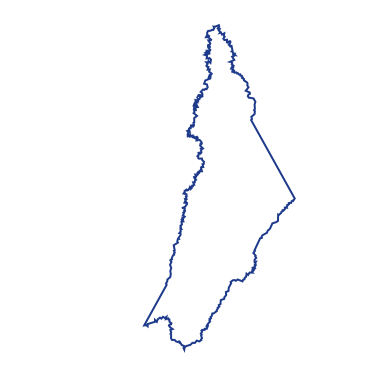 outline of Cartagena Del Chairá, Caquetá, Colombia, rotated 241°
{"feature_id": "7082276B3129505860922", "entity_name": "Cartagena Del Chairá", "entity_type": "district", "adm_level": 2, "iso_a3": "COL", "parent_name": "Colombia", "parent_adm1": "Caquetá", "projection": "orthographic", "projection_center": [-73.934, 0.797], "detail": "fine", "context": "isolated", "style": "outline", "palette": "blue", "viewbox_px": 384, "rotation_deg": 241, "n_neighbors": 0, "source": "geoboundaries", "source_scale": "gbopen_adm2", "svg_char_len": 6044}
<svg xmlns="http://www.w3.org/2000/svg" viewBox="0 0 384 384"><g transform="rotate(241 192 192)"><path d="M74.1,102.7L72.3,102.8L71.1,105.0L69.1,105.6L67.8,106.7L67.6,108.2L66.3,108.0L66.4,108.7L63.2,108.8L60.9,110.6L59.6,108.9L57.9,108.8L59.8,110.3L60.0,112.5L59.1,116.6L59.9,119.2L58.6,121.3L59.7,124.1L57.8,125.9L58.0,128.3L58.7,128.4L59.3,129.9L61.9,130.3L62.5,131.3L63.8,131.0L64.8,133.1L66.1,133.0L66.5,134.0L65.3,136.1L66.2,136.8L65.2,138.6L66.2,139.8L67.4,139.5L68.0,140.2L67.4,141.2L68.9,141.7L69.9,144.9L70.9,144.8L71.5,145.9L72.4,145.7L72.5,147.5L73.6,147.6L73.9,149.0L75.9,150.9L75.3,152.0L75.9,156.1L76.7,156.3L77.8,158.5L78.4,158.5L78.5,160.3L80.1,160.6L80.1,162.5L83.5,164.8L82.9,168.4L84.1,169.1L85.3,171.9L88.1,173.2L87.7,175.8L90.5,177.8L93.3,182.1L94.5,182.1L95.0,184.8L94.3,186.6L93.1,187.3L93.3,189.6L89.4,192.8L90.5,194.3L90.2,195.6L91.5,196.6L91.6,198.2L94.1,200.1L92.3,200.9L93.6,203.3L92.2,205.7L93.1,205.4L93.3,206.8L93.7,206.3L95.0,207.5L94.3,208.2L94.6,209.9L96.2,209.0L95.9,210.5L97.3,211.3L96.7,211.6L97.2,212.4L99.3,213.0L100.0,214.1L100.4,212.8L101.3,213.2L102.6,214.2L103.3,216.3L105.0,216.1L105.5,216.8L108.9,216.1L110.0,218.5L110.6,218.3L118.5,229.2L118.0,230.8L119.3,231.3L120.0,232.6L120.0,237.8L121.5,239.5L122.0,242.3L125.6,247.1L124.8,251.2L125.1,253.2L130.5,256.4L129.8,256.9L130.5,259.8L131.4,260.8L131.3,262.1L132.1,262.5L131.5,263.5L132.0,264.9L133.3,265.6L132.2,267.4L133.3,267.6L133.7,268.9L134.4,268.9L134.3,270.9L135.4,271.3L134.4,273.5L135.6,274.6L135.7,276.0L135.2,276.2L136.5,278.7L226.3,278.6L226.8,279.9L228.9,280.3L229.8,284.5L232.2,286.2L233.4,285.9L234.2,287.3L238.1,289.1L240.2,291.2L244.0,291.2L247.0,287.4L248.8,287.3L249.8,288.6L249.8,290.3L251.1,290.7L254.5,288.1L256.2,292.2L258.2,292.0L260.1,293.2L261.3,293.2L264.3,291.6L265.7,292.2L267.2,291.2L267.6,291.9L268.7,291.3L269.5,291.9L270.5,290.8L271.5,291.2L272.0,290.1L273.7,289.7L273.8,288.9L275.1,288.8L275.7,287.1L276.7,287.3L277.0,286.1L277.8,286.3L277.2,287.1L277.6,287.6L278.9,287.4L278.6,286.2L280.4,287.4L281.0,286.2L281.8,287.3L281.3,288.4L282.6,288.5L282.4,289.5L284.6,288.8L285.2,289.7L286.4,289.6L287.4,288.4L287.0,293.0L290.9,292.7L290.7,294.4L291.9,294.6L290.8,296.1L292.2,295.7L292.4,296.4L293.4,295.3L295.1,295.6L295.7,294.9L296.1,296.0L300.6,297.4L300.9,295.2L301.3,296.3L302.8,295.6L303.3,297.1L304.5,297.2L304.6,298.4L305.3,298.5L305.8,297.6L305.2,295.7L306.0,295.1L308.2,296.4L309.2,294.0L311.0,293.8L311.9,295.8L313.1,295.6L315.1,297.1L315.1,294.6L317.5,294.6L317.7,293.5L318.2,294.4L320.3,293.7L321.2,295.4L322.3,294.6L321.4,294.1L322.6,293.8L323.3,295.9L324.9,296.4L325.4,292.3L326.2,291.1L324.6,290.9L323.4,289.2L324.2,288.0L324.0,286.6L325.1,284.1L323.9,282.4L322.2,281.6L319.4,282.9L321.3,280.4L320.6,279.3L319.8,281.0L316.0,282.6L315.6,282.1L316.7,279.8L313.1,280.0L312.3,279.0L312.7,277.3L311.7,276.6L310.9,276.7L310.2,278.8L310.1,276.3L307.4,276.9L307.0,276.2L307.9,274.4L306.5,275.2L304.6,274.3L305.0,273.1L307.7,273.0L307.3,271.1L305.4,272.3L305.7,269.7L304.0,271.3L301.8,269.6L301.6,270.7L300.5,270.9L300.7,272.2L298.6,272.8L296.0,270.7L298.5,269.8L297.7,268.8L298.5,267.4L296.5,267.8L295.4,265.8L294.5,265.8L293.4,267.0L291.4,265.0L290.6,267.0L288.9,265.3L285.2,266.9L286.0,265.9L285.6,263.8L284.0,262.1L283.9,264.1L282.4,263.0L283.1,257.7L280.8,255.1L278.9,257.2L276.0,256.5L274.9,254.6L275.7,253.7L275.3,252.3L276.3,251.4L275.3,248.1L273.4,248.9L270.6,247.5L270.6,246.7L272.5,246.5L273.6,244.8L272.9,243.7L272.7,245.4L271.4,245.5L269.7,243.7L269.7,242.8L270.8,242.3L268.8,241.5L270.8,239.6L269.7,239.1L267.8,239.8L268.6,237.5L266.6,235.2L265.5,236.1L266.5,238.3L263.5,238.2L265.1,235.1L263.6,233.9L263.0,235.5L261.7,235.0L262.4,233.5L260.4,232.6L260.2,231.7L256.2,233.3L255.6,229.8L251.8,227.7L251.8,226.8L249.4,226.1L248.6,224.8L248.9,224.3L250.0,225.3L250.7,223.3L248.5,221.8L249.1,221.0L248.8,220.1L245.9,219.2L247.7,218.4L247.7,217.4L245.8,217.9L244.7,216.2L242.7,215.3L242.5,216.3L243.8,216.9L243.5,218.0L242.1,218.3L241.4,216.2L241.1,220.1L240.2,220.0L239.8,218.2L239.4,220.3L238.8,219.9L237.7,220.6L238.3,221.0L237.9,223.1L236.8,223.2L236.9,221.8L236.0,222.4L234.9,221.0L234.6,221.6L235.4,222.0L233.6,224.0L230.8,224.5L229.8,224.2L229.4,223.5L230.0,222.8L228.6,221.6L225.1,222.6L225.4,221.3L224.6,221.7L224.3,220.2L222.0,219.4L221.6,218.2L222.5,218.2L223.1,216.7L221.4,216.1L220.8,214.3L220.2,214.8L218.8,213.9L217.7,214.3L216.5,216.9L214.8,216.4L212.6,217.1L210.8,215.7L211.2,214.7L208.4,213.9L209.3,212.3L208.9,211.6L208.0,211.5L207.1,210.2L207.2,211.2L205.3,210.7L206.5,208.7L205.5,207.8L206.5,207.3L206.0,205.9L204.8,206.0L204.3,205.1L205.6,203.4L203.7,203.2L204.0,201.5L203.0,201.8L203.1,200.9L200.7,201.4L200.7,200.2L199.1,199.1L199.9,197.7L197.3,197.4L197.6,196.8L196.7,195.7L197.3,195.1L196.5,194.4L197.2,193.4L195.6,193.6L195.2,192.2L196.9,192.2L195.5,189.7L195.7,188.4L196.7,188.4L196.5,186.0L194.5,185.2L195.1,184.7L194.7,183.9L192.7,186.1L190.8,185.2L191.0,184.4L188.5,183.8L189.2,182.5L186.9,182.2L187.1,181.3L186.3,180.2L184.7,182.3L184.0,182.0L182.4,178.8L182.8,175.3L182.2,177.3L181.0,177.6L179.7,176.3L179.2,176.8L178.5,176.4L177.9,174.8L178.9,174.1L177.1,174.4L175.9,172.6L174.0,173.7L173.2,171.4L174.0,171.0L173.0,170.2L173.1,171.2L172.2,170.8L172.6,169.8L170.5,170.1L171.0,168.3L168.4,167.4L168.0,165.4L166.6,165.3L166.3,164.5L164.7,164.7L165.0,163.9L163.0,163.0L162.2,161.1L161.6,162.0L160.1,161.3L158.2,157.7L157.3,157.8L157.7,156.8L156.1,155.3L154.6,155.1L154.3,150.2L149.4,148.6L149.4,147.7L147.3,147.5L147.0,146.4L145.8,146.0L145.8,144.7L143.7,141.9L142.8,141.9L142.8,140.0L140.8,140.1L139.0,137.5L135.6,137.0L133.4,134.7L130.5,133.7L128.1,131.7L127.4,128.1L125.7,126.9L124.6,124.9L123.1,124.8L98.5,85.5L97.7,87.5L96.1,88.1L98.0,89.2L96.4,96.8L98.0,97.6L95.5,98.3L97.3,100.3L97.6,103.1L96.1,103.8L96.9,106.1L94.9,107.2L95.2,109.0L93.5,107.5L93.1,109.8L91.9,109.6L91.6,110.4L89.3,109.4L87.2,110.4L86.4,109.6L86.9,107.9L86.4,107.1L84.5,107.2L81.5,108.6L81.9,106.2L79.2,105.7L78.2,104.3L77.2,104.5L74.1,102.7Z" fill="none" stroke="#1e3a8a" stroke-width="2"/></g></svg>